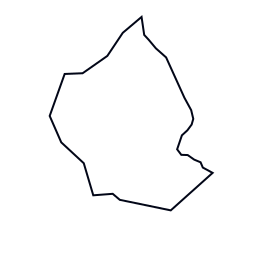 map outline of Skriveru (orthographic projection), rotated 153°
{"feature_id": "LVA-5731", "entity_name": "Skriveru", "entity_type": "Municipality", "adm_level": 1, "iso_a3": "LVA", "parent_name": "Latvia", "parent_adm1": "", "projection": "orthographic", "projection_center": [25.072, 56.673], "detail": "fine", "context": "isolated", "style": "outline", "palette": "ink", "viewbox_px": 256, "rotation_deg": 153, "n_neighbors": 0, "source": "natural_earth", "source_scale": "10m", "svg_char_len": 493}
<svg xmlns="http://www.w3.org/2000/svg" viewBox="0 0 256 256"><g transform="rotate(153 128 128)"><path d="M127.3,35.2L167.9,67.7L171.5,76.3L189.5,83.8L183.4,116.7L194.0,145.5L192.3,174.3L159.9,204.9L143.6,197.4L113.7,201.6L89.4,215.2L65.5,220.8L71.3,203.6L69.5,197.2L67.0,186.3L62.0,173.6L64.0,129.4L63.6,115.2L65.7,106.5L69.7,102.2L76.1,99.0L83.3,97.0L93.9,86.7L92.7,79.9L87.1,76.8L83.4,69.8L78.9,64.5L79.3,58.8L73.0,49.6L127.3,35.2Z" fill="none" stroke="#020617" stroke-width="2"/></g></svg>